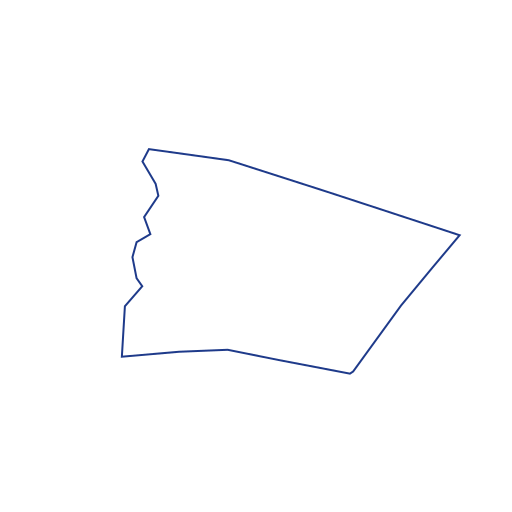 the district of Clay, West Virginia, United States of America, rotated 229°
{"feature_id": "52423323B8286082646213", "entity_name": "Clay", "entity_type": "district", "adm_level": 2, "iso_a3": "USA", "parent_name": "United States of America", "parent_adm1": "West Virginia", "projection": "albers", "projection_center": [-81.025, 38.466], "detail": "fine", "context": "isolated", "style": "outline", "palette": "blue", "viewbox_px": 512, "rotation_deg": 229, "n_neighbors": 0, "source": "geoboundaries", "source_scale": "gbopen_adm2", "svg_char_len": 453}
<svg xmlns="http://www.w3.org/2000/svg" viewBox="0 0 512 512"><g transform="rotate(229 256 256)"><path d="M365.5,221.8L358.8,197.1L341.8,190.6L344.8,175.0L336.2,162.0L317.6,151.3L307.8,150.3L304.1,124.1L268.0,88.7L234.3,135.0L203.8,173.1L162.8,204.7L105.6,249.7L105.1,253.5L123.5,333.1L131.5,381.6L138.1,423.3L224.4,371.8L261.3,349.7L346.1,298.3L406.9,245.3L401.8,232.3L376.3,227.6L365.5,221.8Z" fill="none" stroke="#1e3a8a" stroke-width="2"/></g></svg>